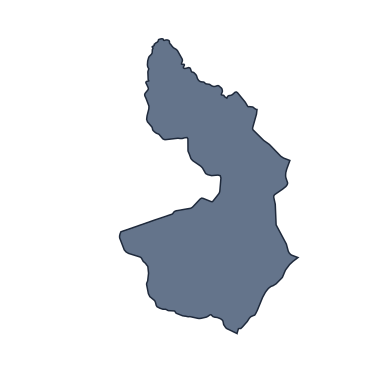 the border of Dornod, rotated 227°
{"feature_id": "MNG-3332", "entity_name": "Dornod", "entity_type": "Province", "adm_level": 1, "iso_a3": "MNG", "parent_name": "Mongolia", "parent_adm1": "", "projection": "orthographic", "projection_center": [116.608, 48.287], "detail": "fine", "context": "isolated", "style": "filled", "palette": "slate", "viewbox_px": 384, "rotation_deg": 227, "n_neighbors": 0, "source": "natural_earth", "source_scale": "10m", "svg_char_len": 4313}
<svg xmlns="http://www.w3.org/2000/svg" viewBox="0 0 384 384"><g transform="rotate(227 192 192)"><path d="M211.4,112.9L204.3,128.8L203.8,130.0L196.7,146.2L189.4,162.3L189.3,163.2L189.7,165.0L189.7,165.9L189.1,167.6L181.1,179.8L180.8,180.7L180.6,181.8L180.6,182.8L181.3,193.1L181.0,194.8L179.9,195.7L171.8,199.5L171.0,200.4L171.0,200.9L172.0,207.6L172.5,210.7L173.0,211.9L173.8,213.1L182.5,222.7L184.7,223.8L186.7,222.5L190.6,217.5L194.0,215.3L196.2,214.6L202.6,216.1L205.1,216.0L213.9,214.0L216.3,213.9L217.4,214.1L221.6,215.9L224.2,216.8L225.0,217.3L233.7,225.3L235.2,225.5L236.6,223.7L237.8,221.3L239.1,219.9L240.9,218.4L248.3,208.4L249.1,207.6L250.8,206.9L256.3,207.2L257.1,207.1L259.4,206.0L261.5,205.6L263.5,205.5L264.4,205.7L266.0,206.7L266.9,207.0L273.7,207.3L276.1,208.4L278.3,211.0L282.3,217.2L284.2,219.1L291.5,222.1L294.5,223.1L295.4,223.7L295.9,224.4L296.2,225.4L296.7,229.1L296.9,230.0L297.4,230.6L298.2,231.1L301.5,232.2L303.0,232.6L303.6,233.0L303.9,233.7L303.8,234.3L303.0,235.5L302.8,236.2L304.1,236.6L309.8,241.5L310.3,242.1L310.8,243.0L311.2,243.8L311.6,244.4L313.8,245.0L315.4,246.1L318.0,248.9L319.0,250.5L320.0,252.2L320.3,253.2L320.4,256.3L320.6,256.9L320.7,257.2L320.8,257.5L321.3,258.2L322.5,259.4L323.1,260.0L323.3,260.4L323.4,260.8L323.5,261.2L323.9,261.6L324.2,261.7L324.8,261.7L325.3,261.8L325.4,262.2L325.3,262.7L325.1,263.1L325.0,263.5L325.0,264.2L325.1,264.4L325.2,264.6L325.4,264.8L325.6,264.9L325.8,265.1L325.8,265.3L325.7,265.6L325.7,266.0L325.7,267.2L325.3,268.8L325.3,269.7L325.5,270.2L326.1,271.1L326.2,271.5L326.1,272.0L325.9,272.4L325.7,272.7L325.1,273.9L324.5,274.6L323.8,275.1L323.2,275.1L322.4,274.7L321.9,274.9L321.5,275.6L321.0,276.6L320.5,277.2L319.8,277.8L319.0,278.2L318.4,278.4L317.6,278.2L316.3,277.2L315.6,277.0L314.6,277.1L312.0,276.8L310.2,276.8L307.1,277.7L305.4,277.8L296.3,275.6L295.4,275.2L294.5,274.5L293.4,272.4L292.8,271.6L292.1,271.8L291.2,272.9L290.7,273.3L290.1,273.1L289.7,272.4L289.5,271.5L289.2,270.8L288.5,270.4L287.4,270.8L286.6,271.9L285.3,274.4L284.1,275.1L282.8,274.8L281.5,274.1L280.1,273.7L279.6,273.9L278.6,274.6L278.1,274.8L275.3,274.9L273.9,274.6L271.6,273.5L270.3,273.1L269.1,273.0L268.0,273.1L266.9,273.5L265.8,274.3L264.5,275.5L264.0,275.7L262.1,275.8L261.4,276.1L258.7,278.3L257.5,278.5L255.8,279.0L255.0,279.4L254.2,280.0L253.5,280.8L252.6,282.8L252.1,283.6L251.4,284.0L247.8,284.4L246.9,284.2L245.2,283.2L244.6,282.5L243.6,280.3L243.1,279.8L242.7,279.9L241.1,281.1L240.8,281.1L240.4,281.1L239.7,280.8L236.9,281.5L237.5,283.1L237.6,283.9L237.4,284.6L236.1,286.5L235.7,287.9L235.6,291.5L235.0,292.6L233.7,293.0L221.4,292.2L216.9,291.2L216.3,291.2L215.9,291.4L215.2,292.3L213.0,294.2L212.4,294.5L210.2,294.8L208.7,295.2L208.0,295.8L205.0,292.3L197.7,280.3L197.2,279.7L196.6,279.3L195.9,279.0L180.8,279.6L174.0,281.0L157.6,281.3L154.4,282.1L148.3,285.1L144.2,277.0L142.2,273.8L141.1,272.6L140.1,271.6L139.1,270.8L138.0,270.2L134.0,268.4L133.4,268.1L132.9,267.5L132.5,266.7L132.2,265.7L132.0,264.4L132.3,260.2L133.7,250.8L133.5,249.4L133.0,248.8L132.3,248.1L126.2,244.5L110.6,231.1L89.6,225.5L83.0,222.0L81.1,221.5L80.1,221.5L79.1,221.5L77.9,221.8L71.8,224.8L72.4,218.6L72.4,213.9L71.2,207.3L69.9,204.2L69.5,203.4L67.9,199.8L67.5,190.9L68.2,187.4L69.1,185.3L69.4,182.2L69.0,179.3L68.6,177.2L66.8,171.8L60.9,159.0L59.7,155.8L59.2,153.9L59.7,152.8L60.6,150.3L60.7,149.3L60.6,147.9L59.6,144.0L58.9,136.9L58.9,134.6L59.1,134.4L59.2,134.2L59.8,133.6L60.1,133.2L60.3,132.9L60.3,132.6L60.1,132.3L57.9,128.5L57.8,128.4L68.3,124.3L69.7,124.1L73.4,124.7L76.3,126.5L77.3,126.8L78.4,126.7L79.9,126.4L83.0,124.9L85.0,123.2L85.8,122.8L86.5,122.4L87.3,122.3L89.0,122.3L89.6,121.9L90.0,120.8L90.2,119.0L90.4,118.2L90.7,117.2L93.3,112.7L94.2,111.4L95.2,110.4L102.3,105.5L103.2,104.3L103.8,103.8L105.6,102.6L106.2,102.0L107.9,100.7L113.8,97.9L114.5,97.7L115.9,98.0L116.6,98.1L117.1,97.9L121.3,93.9L122.0,93.5L123.4,93.1L124.1,92.8L126.2,90.7L129.0,89.2L131.9,88.2L133.4,88.5L136.4,90.1L138.0,90.6L144.2,89.8L147.3,90.7L155.3,95.7L155.9,96.3L156.3,96.9L157.0,98.5L157.4,99.2L162.2,104.8L167.5,108.8L168.1,109.0L170.2,109.1L170.9,109.3L172.1,109.3L174.5,109.0L178.0,109.9L179.1,109.9L180.2,109.5L190.4,103.7L193.1,102.9L195.9,103.0L198.6,104.1L207.8,107.8L209.2,109.0L210.4,110.8L211.4,112.9Z" fill="#64748b" stroke="#1e293b" stroke-width="1.5"/></g></svg>